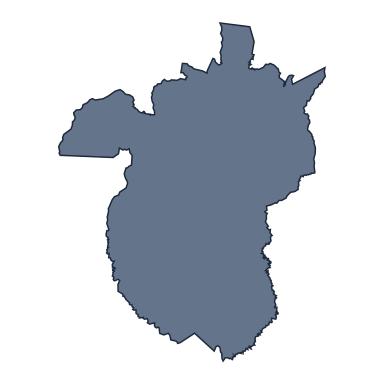 the district of Cáceres, Mato Grosso, Brazil
{"feature_id": "56859067B84313432178325", "entity_name": "Cáceres", "entity_type": "district", "adm_level": 2, "iso_a3": "BRA", "parent_name": "Brazil", "parent_adm1": "Mato Grosso", "projection": "mercator", "projection_center": [-57.734, -16.54], "detail": "fine", "context": "isolated", "style": "filled", "palette": "slate", "viewbox_px": 384, "rotation_deg": 0, "n_neighbors": 0, "source": "geoboundaries", "source_scale": "gbopen_adm2", "svg_char_len": 5986}
<svg xmlns="http://www.w3.org/2000/svg" viewBox="0 0 384 384"><path d="M223.1,361.0L225.3,357.8L228.3,357.8L229.3,358.7L230.6,358.3L232.3,359.6L232.8,358.9L232.6,357.1L234.5,356.7L233.9,355.1L235.2,356.2L236.0,354.1L237.6,354.0L238.2,352.9L241.1,353.4L240.5,352.8L242.4,352.0L243.1,352.9L243.1,351.1L245.2,351.0L246.1,348.5L247.8,349.5L247.6,348.4L248.9,347.1L249.8,347.2L250.1,348.4L251.0,348.8L249.7,346.3L251.3,346.7L253.5,345.0L254.7,345.1L253.8,343.5L255.4,341.5L254.8,340.7L255.4,339.6L254.9,338.0L255.8,336.6L258.4,336.0L258.6,335.4L257.5,334.6L258.2,333.5L258.9,333.4L258.7,334.3L260.1,334.7L259.6,333.4L262.0,332.2L260.9,330.7L261.7,330.7L262.8,328.5L265.6,327.2L266.0,325.4L267.1,325.7L268.9,324.5L269.3,322.1L271.7,322.6L272.2,321.6L271.5,320.5L271.6,318.3L275.8,319.1L276.4,316.9L275.4,314.7L278.1,313.8L278.1,313.2L275.9,312.7L276.1,312.1L277.4,312.1L276.6,310.9L276.9,307.2L274.6,307.6L274.5,307.0L275.8,305.2L274.5,301.4L275.1,299.2L276.5,297.9L275.2,297.1L276.4,295.7L273.6,294.3L274.2,293.0L273.5,292.2L274.2,291.5L273.2,290.2L272.2,290.3L271.6,286.8L272.9,285.8L271.9,285.1L271.9,283.2L270.9,282.1L271.2,280.4L270.0,279.6L270.0,278.1L267.7,275.2L268.9,274.2L268.0,272.7L268.0,271.1L266.2,273.4L266.7,270.5L265.7,270.5L268.0,268.0L270.0,267.6L269.4,267.0L270.2,265.5L268.4,264.6L268.1,263.7L270.6,263.4L271.0,262.0L270.4,261.6L270.6,262.6L269.6,262.8L269.2,260.7L267.5,260.2L268.6,259.0L268.2,258.5L267.1,258.8L266.2,257.3L265.6,257.2L264.7,258.8L263.5,258.3L263.2,257.9L265.0,257.2L265.1,255.9L264.8,255.2L264.1,255.4L263.7,256.9L263.5,253.8L261.5,253.4L263.1,252.0L261.8,250.6L262.8,249.3L262.3,248.3L263.5,248.1L264.0,246.4L265.7,245.7L265.9,243.6L267.5,244.3L269.1,244.0L268.7,242.9L269.4,243.1L271.0,240.8L270.4,237.7L271.4,235.7L272.1,235.5L270.0,232.9L270.4,229.5L268.9,229.8L266.9,227.7L268.3,226.3L265.4,221.8L266.5,218.7L266.2,215.7L267.3,213.3L265.3,212.7L265.0,211.5L267.0,210.2L266.4,206.1L271.4,204.8L275.2,202.8L276.8,203.2L279.1,200.4L281.7,200.4L286.1,198.0L287.1,195.8L290.6,192.3L294.6,191.6L298.1,189.5L298.1,186.7L298.8,185.3L298.5,181.5L300.1,180.6L299.3,179.3L300.7,177.4L300.7,176.2L302.1,176.0L303.1,176.7L304.0,175.1L306.5,175.2L307.2,174.5L308.4,174.8L311.3,173.7L311.5,173.0L313.5,173.3L314.9,172.7L314.1,166.2L314.5,162.7L313.7,159.1L315.2,153.5L315.4,147.9L314.0,143.1L314.1,140.8L312.7,138.7L312.9,137.1L312.0,136.3L311.9,134.6L309.2,131.1L308.2,130.9L307.5,129.1L308.5,124.8L309.8,122.9L309.5,120.1L308.2,118.6L308.7,115.9L307.2,113.9L306.5,114.3L304.4,113.3L304.0,112.6L304.7,111.1L303.5,107.6L306.4,105.4L307.1,100.7L308.9,101.1L310.7,98.6L310.6,97.0L313.2,94.0L314.7,89.0L318.2,86.7L318.8,84.0L320.1,84.2L320.6,82.6L321.9,82.7L322.6,80.4L325.3,76.5L324.3,71.5L325.0,67.6L292.6,84.3L291.5,79.2L293.6,75.7L292.3,75.2L289.6,75.5L288.4,76.5L286.0,81.2L284.8,85.6L283.7,86.1L284.6,81.6L279.3,77.6L279.1,75.6L280.5,73.2L279.0,72.3L278.3,69.1L274.0,65.1L270.1,63.4L268.4,64.5L265.7,64.3L263.4,67.3L258.7,69.5L257.1,68.9L255.4,69.6L254.9,69.0L254.5,69.7L252.4,68.0L251.7,68.1L251.9,69.0L250.6,69.1L248.8,68.2L248.9,66.1L250.9,64.5L249.2,64.2L250.3,62.9L248.9,62.3L250.2,61.4L250.3,60.3L251.6,58.7L253.0,59.4L253.1,57.5L252.5,57.0L253.6,56.1L254.0,54.7L252.4,54.4L252.0,53.7L254.1,41.7L249.8,26.8L220.0,23.0L221.7,27.2L221.8,30.6L220.6,33.3L222.7,37.8L222.6,40.7L221.4,42.1L222.4,46.0L220.2,52.4L221.1,55.8L220.9,60.1L221.5,61.0L220.7,62.5L221.9,63.1L221.7,63.6L218.8,65.1L215.6,62.3L214.5,59.1L213.0,58.4L207.1,71.2L207.2,73.0L206.7,73.0L202.4,70.9L193.9,68.9L191.7,66.8L189.1,66.1L187.0,63.7L182.4,63.4L180.9,72.7L183.2,72.6L184.7,75.1L186.9,76.3L186.9,77.3L185.6,78.3L185.7,79.7L180.5,78.6L177.2,80.3L171.3,79.9L169.7,81.0L166.9,81.2L164.3,79.4L162.1,81.4L161.1,83.6L157.5,84.0L156.7,85.7L154.7,86.3L153.8,87.3L153.5,90.0L151.8,93.2L152.5,94.7L151.5,97.1L152.2,101.4L153.7,104.4L153.1,108.1L154.5,111.4L154.6,114.3L154.0,115.0L150.4,114.3L150.3,115.0L148.7,113.9L148.0,114.3L145.5,113.6L144.9,112.7L144.3,113.2L144.2,111.6L143.7,111.4L142.0,113.0L139.1,111.8L136.9,109.1L135.5,108.7L135.3,107.8L134.3,107.7L133.2,106.4L133.8,106.2L133.5,104.7L134.0,104.5L132.7,101.8L134.1,100.2L132.7,96.9L129.5,94.9L125.5,94.3L123.1,91.6L120.0,89.6L115.1,91.2L108.7,95.8L103.1,98.8L95.3,100.0L92.4,98.7L90.0,99.7L87.3,102.8L83.1,104.7L82.3,107.7L80.3,109.6L76.3,110.0L73.7,112.7L73.9,114.7L75.0,116.5L75.0,118.7L74.0,120.6L72.5,121.8L72.4,125.2L71.0,129.1L63.8,134.4L62.6,137.7L63.0,139.3L62.4,140.8L60.4,143.0L58.7,146.7L59.8,152.0L59.1,153.1L60.2,155.3L113.1,157.5L118.5,153.7L119.4,148.1L122.8,150.0L124.6,149.4L126.8,150.0L129.1,148.8L130.0,152.8L132.1,155.4L131.5,165.1L128.9,166.3L127.5,167.8L126.0,168.0L124.2,173.9L125.5,178.2L127.4,181.8L127.5,183.7L126.0,188.0L119.8,192.0L118.6,195.0L114.5,196.7L112.3,199.6L108.3,208.9L108.6,211.2L107.2,217.2L107.7,219.6L106.8,223.5L108.9,229.7L108.2,230.7L106.9,230.6L106.1,234.3L106.3,236.2L108.4,238.1L107.6,239.5L108.5,239.6L107.8,240.9L108.5,241.9L107.8,242.6L108.3,243.3L107.5,247.1L108.6,247.4L106.7,249.9L107.4,251.2L106.6,252.9L107.4,253.9L109.1,253.5L108.7,257.7L110.4,258.0L111.0,260.2L113.0,261.6L114.1,261.3L112.3,264.4L112.5,267.3L114.6,267.7L115.2,268.6L112.6,269.1L112.7,270.3L114.3,270.8L114.3,271.3L112.9,272.2L113.1,274.1L112.3,275.9L113.8,277.0L113.3,279.4L113.9,280.5L114.8,280.8L118.1,279.3L119.7,280.4L118.0,284.4L118.1,291.3L122.9,294.2L123.0,296.3L124.1,296.1L125.9,299.4L129.6,302.9L129.3,303.8L129.8,304.7L131.7,304.8L132.2,306.8L133.7,307.8L132.8,309.5L133.9,310.1L136.0,309.8L136.1,313.5L138.0,314.6L138.0,316.4L139.1,317.0L139.3,318.0L143.4,317.4L143.3,318.5L144.8,319.2L147.0,318.6L148.2,320.6L147.4,322.8L149.6,324.1L154.6,322.9L154.5,325.7L155.3,327.2L156.5,327.9L157.9,327.2L159.0,327.7L159.8,333.4L163.8,334.9L168.3,333.3L169.9,335.4L170.8,339.9L175.7,341.0L177.2,342.0L177.6,343.4L180.1,342.7L194.6,333.2L214.2,351.1L216.0,346.7L217.8,345.7L219.2,346.7L220.0,347.8L220.6,352.1L221.7,353.2L222.0,358.5L223.1,361.0Z" fill="#64748b" stroke="#1e293b" stroke-width="1.5"/></svg>